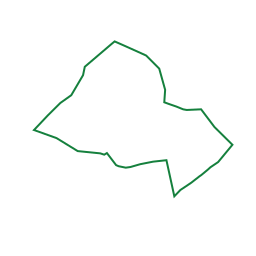 Airag, Dornogovi, Mongolia, rotated 241°
{"feature_id": "93677404B77823966409702", "entity_name": "Airag", "entity_type": "district", "adm_level": 2, "iso_a3": "MNG", "parent_name": "Mongolia", "parent_adm1": "Dornogovi", "projection": "orthographic", "projection_center": [109.177, 45.635], "detail": "fine", "context": "isolated", "style": "outline", "palette": "green", "viewbox_px": 256, "rotation_deg": 241, "n_neighbors": 0, "source": "geoboundaries", "source_scale": "gbopen_adm2", "svg_char_len": 665}
<svg xmlns="http://www.w3.org/2000/svg" viewBox="0 0 256 256"><g transform="rotate(241 128 128)"><path d="M202.5,119.9L196.0,114.3L184.2,94.3L182.7,81.0L177.9,64.0L171.8,44.8L153.8,60.6L132.2,72.8L119.3,91.4L116.2,94.3L116.3,97.4L101.3,99.6L99.1,101.3L94.4,106.8L92.7,111.2L90.4,121.2L86.4,133.6L81.2,146.0L45.8,135.4L48.4,143.8L49.5,157.0L50.0,160.1L50.4,162.6L50.6,164.1L51.1,167.0L51.3,169.2L52.9,177.7L53.7,181.1L54.5,190.3L62.7,211.2L86.9,204.1L108.9,201.0L115.3,188.1L117.6,185.3L123.3,180.7L129.2,175.4L132.9,172.2L143.4,179.0L164.8,184.1L182.6,179.0L200.7,165.5L210.2,158.3L209.5,154.5L202.5,119.9Z" fill="none" stroke="#15803d" stroke-width="2"/></g></svg>